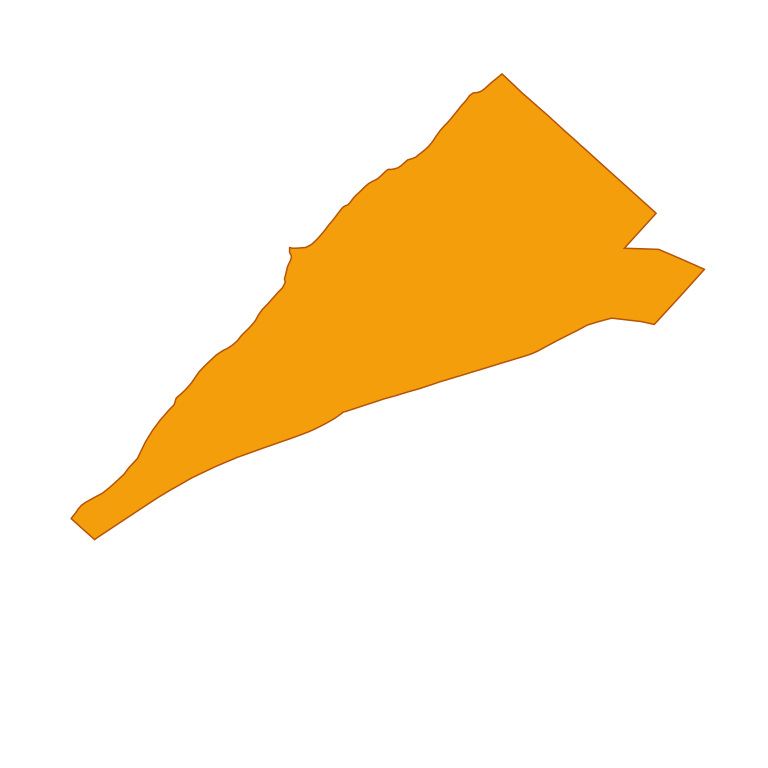 Cottesloe, Western Australia, Australia (Natural Earth projection), rotated 42°
{"feature_id": "25037944B28116798937362", "entity_name": "Cottesloe", "entity_type": "district", "adm_level": 2, "iso_a3": "AUS", "parent_name": "Australia", "parent_adm1": "Western Australia", "projection": "natural_earth1", "projection_center": [115.756, -31.999], "detail": "fine", "context": "isolated", "style": "filled", "palette": "amber", "viewbox_px": 768, "rotation_deg": 42, "n_neighbors": 0, "source": "geoboundaries", "source_scale": "gbopen_adm2", "svg_char_len": 3057}
<svg xmlns="http://www.w3.org/2000/svg" viewBox="0 0 768 768"><g transform="rotate(42 384 384)"><path d="M472.0,75.1L469.3,75.0L438.2,75.0L435.6,75.0L431.0,75.0L417.8,75.0L400.5,75.0L373.1,74.9L370.4,75.0L369.6,75.0L365.4,74.9L349.1,75.0L332.0,74.9L327.1,74.8L314.0,75.0L303.7,75.1L290.6,75.3L286.4,75.1L284.9,75.1L283.3,75.0L264.2,74.6L262.9,83.3L262.1,88.1L261.2,97.1L260.4,101.2L258.5,104.8L255.6,107.9L254.6,112.1L255.1,116.5L255.3,121.0L255.2,125.4L255.8,134.1L256.2,142.6L256.3,147.1L256.1,151.7L256.1,156.1L256.1,157.2L256.4,160.6L256.9,164.7L257.5,168.8L258.0,172.9L258.1,177.6L257.8,181.9L256.4,190.2L255.8,194.2L254.0,197.9L251.7,201.4L251.1,205.8L250.7,210.0L249.7,214.0L247.5,217.6L244.9,220.7L244.4,220.7L243.6,221.7L243.2,222.8L242.8,225.8L242.8,226.5L242.6,228.6L242.5,230.6L241.9,235.5L241.3,237.6L239.5,242.1L238.5,245.2L238.0,248.5L237.7,252.1L237.5,256.4L237.0,261.2L236.8,265.4L237.1,269.5L237.4,272.8L237.4,273.2L237.2,275.2L236.0,277.5L235.2,280.1L235.3,283.2L235.6,287.5L236.1,292.9L236.4,297.0L236.5,302.1L236.8,305.9L237.2,310.0L237.2,310.5L237.4,317.5L237.4,320.9L237.2,324.4L236.9,327.8L236.4,329.9L235.6,332.0L234.9,333.7L234.3,335.1L228.4,341.3L225.3,344.2L222.6,345.8L225.4,349.0L227.0,349.9L228.6,350.4L230.2,351.5L230.9,352.9L231.7,354.4L232.8,358.2L233.7,361.2L235.1,363.8L235.9,365.2L238.1,369.3L239.7,372.5L242.6,374.4L244.2,380.6L244.1,382.2L243.9,386.3L244.0,402.5L243.7,410.1L244.5,416.9L245.8,422.0L246.2,425.7L246.3,430.9L246.1,435.1L245.9,438.2L245.6,442.8L245.8,446.7L246.1,449.2L246.0,450.9L245.6,454.3L245.2,457.0L244.3,460.7L243.6,463.1L242.3,465.8L241.4,469.0L240.6,472.0L239.9,475.0L239.4,480.9L238.9,486.6L238.6,492.4L238.4,498.4L239.1,504.0L240.2,512.1L240.3,517.6L240.3,521.4L239.8,527.2L239.2,531.4L239.0,533.4L239.7,535.2L240.1,535.9L241.1,537.9L241.9,540.2L241.7,544.0L241.6,549.6L241.8,555.8L241.8,560.4L243.0,573.2L245.5,586.8L247.5,593.7L250.3,603.2L250.6,604.1L250.4,617.1L251.2,624.8L250.3,634.9L249.4,644.0L247.8,653.7L245.5,659.8L241.4,671.7L240.3,676.6L240.4,681.7L241.1,686.3L241.3,691.1L241.6,693.4L248.5,693.3L255.0,693.4L273.1,693.3L273.6,690.4L283.2,653.2L288.3,633.5L291.8,620.3L295.4,608.4L295.9,606.7L299.7,595.4L302.0,588.3L303.9,582.6L305.7,578.2L310.4,566.8L313.4,559.6L313.8,558.6L317.5,550.6L323.1,538.7L324.0,536.8L324.7,535.5L336.4,513.7L344.5,498.9L352.7,484.0L358.9,472.0L359.6,470.7L363.0,463.2L363.3,462.3L366.3,454.6L366.8,453.3L370.3,442.8L371.0,439.7L372.2,434.3L372.5,432.1L374.2,429.6L374.3,429.4L384.9,410.9L386.6,408.0L393.9,395.2L400.3,385.2L407.0,374.0L408.2,372.1L413.2,364.2L421.9,348.9L423.3,346.3L433.0,330.2L434.4,328.1L439.5,319.5L454.3,295.0L455.4,293.0L462.4,281.5L467.1,273.7L470.8,267.6L473.2,263.3L476.0,257.2L483.2,237.1L484.1,234.7L488.8,222.5L491.7,215.3L495.5,204.5L500.4,196.2L504.6,189.6L509.0,182.9L511.3,181.2L513.8,179.4L533.5,165.4L545.0,158.9L545.1,153.3L545.4,118.8L545.4,84.4L528.7,89.8L511.3,95.6L505.6,97.6L498.0,100.2L495.0,102.7L483.1,112.7L471.8,122.3L471.8,107.5L472.0,75.1Z" fill="#f59e0b" stroke="#b45309" stroke-width="1.5"/></g></svg>